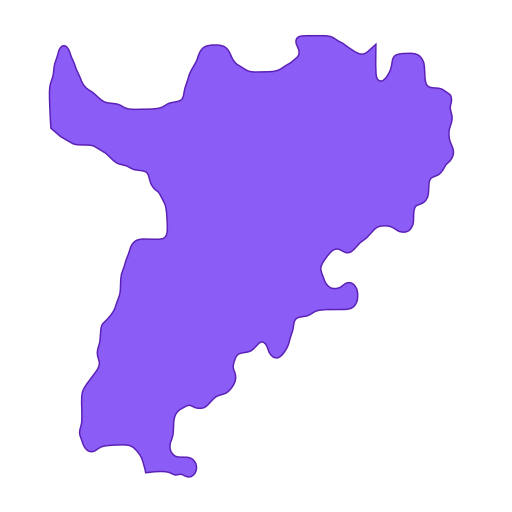 the district of Vicente Noble, Barahona, Dominican Republic, rotated 178°
{"feature_id": "3306468B17851422898431", "entity_name": "Vicente Noble", "entity_type": "district", "adm_level": 2, "iso_a3": "DOM", "parent_name": "Dominican Republic", "parent_adm1": "Barahona", "projection": "equal_earth", "projection_center": [-71.08, 18.413], "detail": "fine", "context": "isolated", "style": "filled", "palette": "violet", "viewbox_px": 512, "rotation_deg": 178, "n_neighbors": 0, "source": "geoboundaries", "source_scale": "gbopen_adm2", "svg_char_len": 6027}
<svg xmlns="http://www.w3.org/2000/svg" viewBox="0 0 512 512"><g transform="rotate(178 256 256)"><path d="M373.8,43.2L365.5,43.9L360.1,44.0L356.1,43.8L353.5,43.5L351.0,42.9L348.8,42.0L345.9,40.5L344.0,39.9L339.5,40.5L337.7,40.3L334.1,38.4L331.9,37.6L329.6,37.6L328.3,37.9L326.2,39.3L324.5,41.2L323.8,42.5L323.3,43.8L322.9,45.4L322.8,47.1L323.0,48.7L323.3,50.3L323.9,51.7L325.4,54.0L327.3,55.7L329.7,56.8L332.2,57.3L339.7,57.7L342.2,58.2L343.4,58.7L344.5,59.4L346.3,61.2L347.8,63.6L348.2,64.9L348.6,66.5L348.6,69.6L348.0,72.4L346.0,77.5L345.2,80.3L344.6,85.1L344.0,93.2L343.4,96.4L342.4,99.3L341.8,100.5L340.2,102.8L338.3,104.5L337.2,105.3L330.9,108.5L329.0,109.1L326.9,109.0L322.1,106.6L319.7,105.9L316.0,105.7L313.5,106.2L312.3,106.7L310.0,108.3L303.8,114.4L301.6,116.2L300.5,116.9L298.1,117.9L292.0,119.5L290.8,120.0L288.4,121.6L286.3,123.6L284.4,125.9L282.7,128.4L281.3,131.3L280.6,134.3L280.6,137.3L281.2,140.0L282.6,144.7L282.6,147.2L281.6,150.9L279.7,155.5L278.2,157.6L276.2,158.9L273.9,159.5L267.8,160.3L265.3,161.0L264.1,161.5L261.9,163.1L256.1,168.7L254.1,169.8L252.9,169.9L251.9,169.7L251.0,169.1L249.4,167.5L248.2,165.3L246.5,160.1L246.0,158.9L244.6,156.6L242.8,154.8L241.8,154.1L240.6,153.6L238.1,153.4L236.8,153.8L234.5,155.2L232.4,157.2L230.6,159.6L228.8,162.2L227.3,165.0L226.2,167.9L224.8,172.4L221.9,180.4L220.1,188.8L219.5,190.0L218.8,191.1L217.9,192.0L216.9,192.6L214.8,193.3L208.7,194.1L206.3,194.6L204.0,195.6L198.7,198.6L194.8,199.6L187.9,200.0L171.2,199.5L167.1,199.5L163.2,200.2L161.9,200.8L159.8,202.3L158.1,204.4L156.7,207.0L156.2,208.6L155.8,211.8L155.7,215.1L156.2,218.3L156.6,219.8L158.0,222.4L159.7,224.5L160.8,225.2L161.9,225.8L164.3,226.2L166.7,225.7L167.8,225.2L172.6,221.9L173.8,221.4L176.2,220.8L178.8,220.7L181.3,221.1L182.5,221.6L184.7,223.2L186.4,225.3L187.9,227.7L191.0,236.9L191.6,239.6L191.7,241.0L191.5,242.5L191.0,243.9L189.8,246.5L188.2,248.9L184.6,253.6L181.7,256.8L179.6,258.6L177.3,259.8L174.8,260.2L172.5,259.7L167.6,256.9L165.5,256.1L163.1,256.1L160.7,256.9L157.5,259.5L151.4,265.7L144.8,270.3L136.5,278.7L134.2,280.3L133.0,280.8L130.4,281.5L127.9,281.7L124.0,281.5L121.4,281.0L119.0,280.0L117.9,279.4L112.8,275.9L111.6,275.4L109.1,274.8L106.6,274.7L105.3,274.8L102.9,275.7L101.8,276.5L100.8,277.4L99.2,279.6L98.0,282.2L97.4,285.3L96.9,292.9L96.5,295.8L95.7,298.4L95.1,299.5L94.3,300.4L93.3,301.0L88.1,302.8L86.0,304.1L84.2,305.9L82.8,308.2L82.2,309.5L81.5,312.5L80.5,323.1L79.7,325.7L79.0,326.8L78.2,327.7L77.3,328.3L72.0,330.3L70.9,330.8L68.9,332.3L66.4,335.1L63.1,340.5L58.7,344.3L56.5,347.4L55.5,350.0L55.1,351.5L55.1,354.5L55.7,357.4L58.1,363.8L58.7,366.8L58.9,370.0L58.8,373.3L58.2,376.4L55.9,382.9L55.3,385.7L55.2,388.7L55.4,390.1L56.5,395.1L56.7,397.4L56.4,399.7L55.4,403.0L55.1,405.5L55.4,408.2L55.8,409.4L56.5,410.5L57.4,411.3L62.0,414.7L64.1,416.1L65.2,416.6L67.7,417.3L73.9,418.0L76.1,418.5L78.1,419.6L79.0,420.5L79.8,421.8L80.6,424.9L80.9,428.3L81.1,439.2L81.5,442.8L82.0,444.6L83.5,447.7L85.6,450.2L86.9,451.2L89.6,452.4L92.4,453.0L95.3,453.2L102.6,453.2L106.7,452.7L109.2,451.9L110.4,451.1L111.3,450.1L112.1,448.8L112.7,447.4L114.0,441.1L115.0,437.8L116.4,434.8L118.2,431.9L120.1,429.4L122.2,427.5L123.4,426.8L124.5,426.5L125.7,426.6L126.9,427.0L127.9,427.9L128.8,429.2L129.3,430.7L129.7,433.8L129.7,442.7L128.8,463.4L137.2,456.3L139.2,455.0L141.5,454.1L144.0,454.1L146.2,454.7L149.4,456.3L155.7,460.7L161.8,465.5L166.4,468.1L171.5,471.7L173.9,472.8L178.1,473.6L182.4,473.9L198.3,474.4L203.6,474.2L205.9,473.5L206.9,472.8L207.8,471.8L208.3,470.6L208.6,469.3L208.4,466.7L206.0,460.3L205.8,457.8L206.0,456.5L206.4,455.2L207.8,453.3L214.3,448.1L219.9,445.1L225.2,441.8L228.9,440.4L233.0,439.8L237.1,439.7L251.1,439.9L255.2,440.5L257.8,441.4L259.9,442.6L268.4,448.3L270.2,450.1L272.5,453.5L275.2,460.1L276.5,462.5L278.2,464.6L280.2,466.3L282.8,467.4L286.9,468.2L292.5,468.4L296.6,467.9L299.3,467.2L301.6,465.8L303.5,463.9L305.0,461.7L306.3,459.1L308.4,453.5L309.9,450.8L314.0,444.2L316.2,440.0L318.2,434.2L321.2,426.2L323.1,417.9L324.3,415.6L325.2,414.7L326.2,414.1L328.4,413.3L336.9,411.9L339.1,411.0L344.5,408.0L348.5,407.0L352.8,406.6L357.1,406.5L373.0,406.8L377.2,407.2L379.9,407.9L382.3,408.9L386.5,411.5L388.8,412.5L391.3,413.1L398.9,414.2L402.6,415.5L406.0,418.0L413.4,425.2L417.7,428.1L419.7,429.7L422.3,432.8L424.2,436.6L425.7,440.9L429.1,448.9L430.9,454.8L433.6,461.5L435.3,467.0L436.3,469.4L437.8,471.4L438.6,472.2L439.6,472.7L440.7,472.9L441.9,472.7L442.9,472.2L444.5,470.6L445.8,468.4L447.5,463.0L450.5,454.9L451.2,451.8L452.1,445.5L452.8,442.4L455.3,435.7L456.1,432.6L456.7,427.3L456.9,420.0L456.8,401.4L456.5,390.8L446.8,381.9L434.9,374.5L432.2,373.7L429.5,373.3L418.3,372.6L415.6,372.0L414.3,371.5L412.1,370.2L402.4,363.8L395.2,356.4L391.9,353.8L389.5,352.7L382.1,350.5L376.8,347.4L374.5,346.5L366.0,345.0L363.8,344.2L362.8,343.6L361.9,342.7L360.7,340.4L359.1,333.7L358.2,331.1L356.1,327.7L354.4,325.9L351.7,323.6L350.2,321.6L346.1,313.0L345.0,310.3L344.6,308.6L344.1,305.2L343.8,301.6L343.6,294.5L343.6,287.5L344.0,282.7L344.9,279.9L345.7,278.6L346.7,277.6L347.7,277.0L348.9,276.6L351.4,276.2L355.3,276.2L367.8,276.9L370.5,276.8L373.2,276.4L375.7,275.4L377.8,273.8L379.5,271.8L380.9,269.4L383.4,262.5L386.2,256.0L388.1,250.1L390.2,244.8L391.2,242.1L392.0,237.3L392.7,227.5L393.1,224.3L393.9,221.3L396.6,214.7L398.7,209.0L400.1,206.2L402.8,202.4L406.7,198.1L411.3,193.9L412.1,192.9L413.1,190.4L413.7,187.6L414.9,176.7L415.6,173.8L417.4,168.5L417.9,165.7L418.0,164.2L417.7,161.3L416.3,155.4L416.3,154.1L416.5,152.7L416.9,151.3L418.1,148.7L419.8,146.3L429.4,134.3L432.1,130.4L433.6,127.6L434.2,126.1L434.6,124.4L435.1,121.0L435.4,115.8L435.5,103.3L435.8,98.1L436.2,94.8L438.1,88.2L438.5,85.6L438.2,83.0L435.8,75.2L434.8,72.4L433.4,70.0L431.7,68.0L430.7,67.2L429.6,66.6L427.1,66.1L425.9,66.2L423.7,66.9L419.7,69.4L417.5,70.5L414.9,71.2L412.2,71.6L405.2,72.0L395.4,71.9L391.3,71.5L388.7,70.9L387.4,70.3L385.0,68.7L381.9,65.4L379.2,61.6L377.7,58.8L377.1,57.3L376.2,54.3L374.5,47.3L373.8,43.2Z" fill="#8b5cf6" stroke="#5b21b6" stroke-width="1.5"/></g></svg>